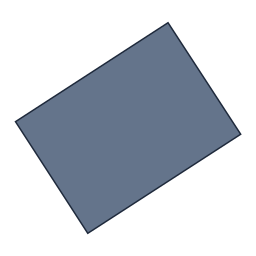 the district of Bremer, Iowa, United States of America, rotated 327°
{"feature_id": "52423323B90792041725693", "entity_name": "Bremer", "entity_type": "district", "adm_level": 2, "iso_a3": "USA", "parent_name": "United States of America", "parent_adm1": "Iowa", "projection": "equal_earth", "projection_center": [-92.397, 42.775], "detail": "fine", "context": "isolated", "style": "filled", "palette": "slate", "viewbox_px": 256, "rotation_deg": 327, "n_neighbors": 0, "source": "geoboundaries", "source_scale": "gbopen_adm2", "svg_char_len": 237}
<svg xmlns="http://www.w3.org/2000/svg" viewBox="0 0 256 256"><g transform="rotate(327 128 128)"><path d="M36.9,194.4L219.1,194.6L218.9,61.5L37.1,61.4L37.0,150.3L36.9,194.4Z" fill="#64748b" stroke="#1e293b" stroke-width="1.5"/></g></svg>